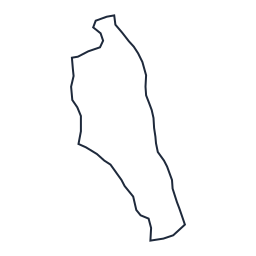 Lythragkomi, Cyprus
{"feature_id": "46923920B82296583493570", "entity_name": "Lythragkomi", "entity_type": "district", "adm_level": 2, "iso_a3": "CYP", "parent_name": "Cyprus", "parent_adm1": "", "projection": "equal_earth", "projection_center": [34.175, 35.467], "detail": "fine", "context": "isolated", "style": "outline", "palette": "slate", "viewbox_px": 256, "rotation_deg": 0, "n_neighbors": 0, "source": "geoboundaries", "source_scale": "gbopen_adm2", "svg_char_len": 796}
<svg xmlns="http://www.w3.org/2000/svg" viewBox="0 0 256 256"><path d="M114.2,15.4L106.8,16.7L95.7,20.7L93.2,27.4L100.6,33.3L103.1,40.7L100.0,47.3L88.3,51.3L77.9,56.7L71.9,57.7L72.9,69.3L73.6,76.0L71.1,86.7L72.3,100.0L77.3,107.3L80.9,116.0L80.9,122.6L80.9,131.3L78.5,144.0L85.9,147.3L96.9,154.0L104.3,160.6L110.5,164.6L117.2,174.0L121.5,180.0L124.6,186.0L133.2,196.6L136.3,210.0L140.6,215.3L148.6,218.6L151.1,228.0L150.4,240.6L163.4,238.6L173.2,235.3L184.9,224.6L182.4,217.3L179.4,208.6L176.9,202.0L172.6,188.6L172.0,180.0L167.1,166.6L164.0,160.6L157.8,152.0L156.0,143.3L155.4,136.6L154.1,128.0L153.5,118.0L151.7,110.0L149.2,103.3L146.1,95.3L145.5,86.7L146.1,75.3L142.4,62.0L138.1,53.3L133.8,46.7L128.9,41.3L122.2,32.7L115.4,24.7L114.2,15.4Z" fill="none" stroke="#1e293b" stroke-width="2"/></svg>